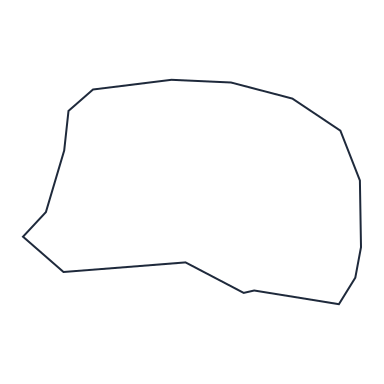 SVG path tracing the border of Rarotonga
{"feature_id": "COK-4953", "entity_name": "Rarotonga", "entity_type": "state/province", "adm_level": 1, "iso_a3": "COK", "parent_name": "Cook Islands", "parent_adm1": "", "projection": "orthographic", "projection_center": [-159.787, -21.22], "detail": "fine", "context": "isolated", "style": "outline", "palette": "slate", "viewbox_px": 384, "rotation_deg": 0, "n_neighbors": 0, "source": "natural_earth", "source_scale": "10m", "svg_char_len": 332}
<svg xmlns="http://www.w3.org/2000/svg" viewBox="0 0 384 384"><path d="M171.5,79.8L231.0,82.5L292.4,98.6L340.4,130.7L359.9,180.5L361.0,247.2L355.3,277.7L338.9,304.2L254.2,290.5L243.7,292.9L185.5,262.4L63.5,272.0L23.0,236.7L45.9,212.1L64.2,150.5L68.5,110.9L93.0,89.5L171.5,79.8Z" fill="none" stroke="#1e293b" stroke-width="2"/></svg>